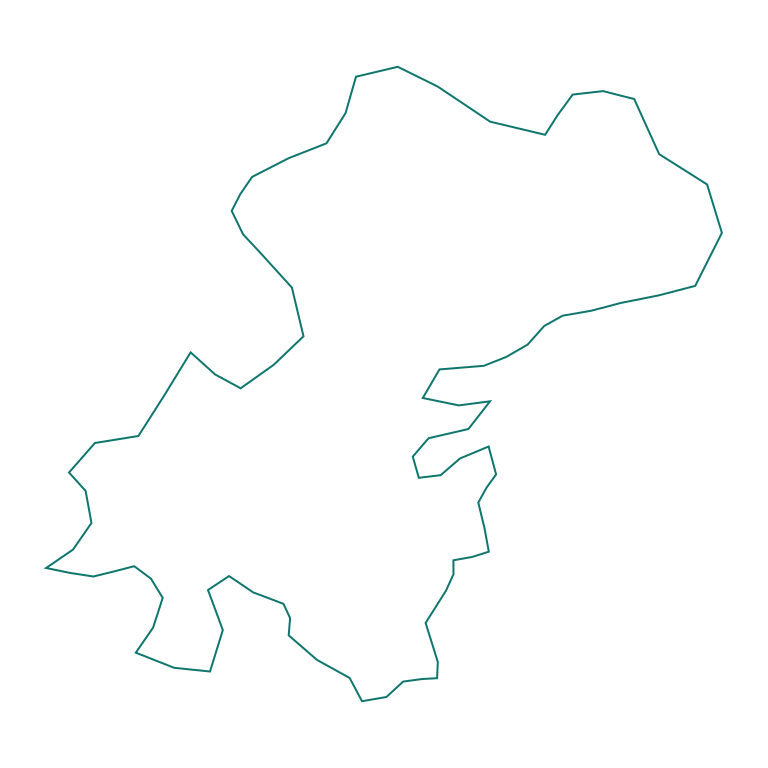 map outline of Xocavənd (orthographic projection)
{"feature_id": "AZE-1734", "entity_name": "Xocavənd", "entity_type": "District", "adm_level": 1, "iso_a3": "AZE", "parent_name": "Azerbaijan", "parent_adm1": "", "projection": "orthographic", "projection_center": [46.968, 39.63], "detail": "fine", "context": "isolated", "style": "outline", "palette": "teal", "viewbox_px": 768, "rotation_deg": 0, "n_neighbors": 0, "source": "natural_earth", "source_scale": "10m", "svg_char_len": 1547}
<svg xmlns="http://www.w3.org/2000/svg" viewBox="0 0 768 768"><path d="M240.6,388.3L273.6,364.9L303.5,336.3L291.9,287.6L260.5,253.0L243.1,234.4L231.7,210.9L240.3,194.1L252.1,176.9L288.8,158.1L326.5,143.3L345.6,113.0L356.0,76.7L397.7,66.8L437.6,86.5L490.2,121.7L545.1,134.8L557.7,115.0L563.1,107.7L569.0,99.6L572.6,94.6L578.5,93.9L603.2,91.1L619.8,95.4L634.2,99.0L642.7,117.8L659.2,154.2L694.7,176.6L707.1,184.5L721.9,232.9L695.2,285.9L658.6,295.4L641.6,298.8L641.2,298.9L621.0,302.9L591.4,310.7L562.6,315.7L544.3,325.9L527.7,344.5L506.3,356.9L483.9,365.8L446.1,368.9L439.5,369.4L422.8,398.0L458.8,405.4L490.0,401.3L480.3,413.8L468.4,429.0L428.7,438.2L425.9,441.3L412.8,456.6L418.8,477.8L440.6,475.2L460.1,458.4L488.6,446.5L496.1,474.4L486.6,487.6L478.3,502.5L483.2,522.9L484.4,527.6L488.8,551.7L471.9,557.0L461.1,558.9L453.4,560.3L453.5,574.2L451.0,579.7L446.1,590.5L431.2,614.1L425.6,622.9L433.9,649.4L437.8,662.0L437.1,678.2L422.2,679.0L403.1,681.6L386.4,697.0L362.0,701.2L349.7,678.0L317.0,659.9L288.7,635.4L290.1,618.1L283.5,603.9L268.4,598.1L253.2,592.4L230.9,577.3L229.0,576.1L208.0,590.0L215.1,609.1L222.8,630.1L221.5,634.4L216.7,649.9L210.0,671.5L174.1,667.8L168.3,665.5L164.8,664.1L135.8,652.7L153.1,627.6L159.6,607.6L162.7,597.8L157.6,589.5L150.9,578.6L134.2,566.2L113.8,571.5L93.4,576.5L69.9,572.9L46.1,568.0L73.0,549.6L91.4,523.1L90.8,519.5L88.1,504.5L85.6,490.9L69.0,472.5L78.7,461.5L94.9,443.0L138.4,436.0L143.3,428.3L147.1,422.4L164.9,394.4L190.6,352.4L215.2,374.5L240.6,388.3Z" fill="none" stroke="#0f766e" stroke-width="2"/></svg>